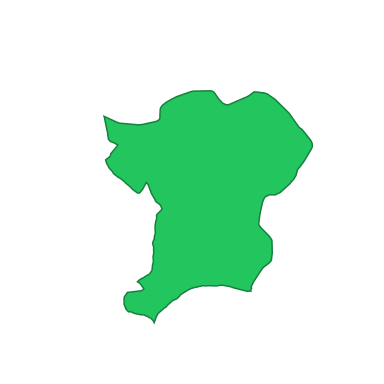 outline of Sardauna, Taraba, Nigeria, rotated 231°
{"feature_id": "59680162B82734256395858", "entity_name": "Sardauna", "entity_type": "district", "adm_level": 2, "iso_a3": "NGA", "parent_name": "Nigeria", "parent_adm1": "Taraba", "projection": "orthographic", "projection_center": [11.214, 6.896], "detail": "fine", "context": "isolated", "style": "filled", "palette": "green", "viewbox_px": 384, "rotation_deg": 231, "n_neighbors": 0, "source": "geoboundaries", "source_scale": "gbopen_adm2", "svg_char_len": 3049}
<svg xmlns="http://www.w3.org/2000/svg" viewBox="0 0 384 384"><g transform="rotate(231 192 192)"><path d="M114.3,80.4L115.3,82.2L117.3,85.4L118.9,89.1L119.0,91.4L119.1,93.7L119.3,97.5L118.9,99.8L119.4,101.2L119.5,101.6L119.5,103.1L119.6,105.4L119.8,108.6L118.6,112.9L118.8,116.2L119.4,118.9L119.0,121.7L118.7,124.1L118.4,126.9L118.0,128.8L117.2,131.6L116.4,133.1L116.0,134.5L114.7,136.4L114.3,137.8L113.4,139.3L112.6,141.2L111.7,142.1L110.4,143.6L108.3,146.5L107.0,148.0L104.4,150.9L103.3,152.4L103.1,152.8L101.4,155.7L99.2,158.1L97.9,159.1L95.7,161.1L93.0,163.1L91.2,164.1L88.8,165.9L80.0,172.5L78.5,174.7L77.9,175.3L78.6,175.6L79.8,177.9L81.1,178.3L83.4,183.3L83.9,184.7L86.6,193.0L87.8,197.0L88.5,199.9L88.3,207.3L88.8,210.5L94.2,216.1L103.7,223.4L105.0,223.9L108.5,224.2L112.0,224.0L120.2,223.1L123.8,223.2L125.3,223.8L127.1,225.7L131.8,230.6L133.5,232.7L135.4,235.0L138.0,238.3L139.2,239.8L140.5,241.8L141.1,242.9L142.2,245.6L141.1,250.5L137.4,254.9L136.1,260.5L136.8,272.9L138.0,279.3L139.4,283.2L141.8,286.6L142.8,287.7L143.8,292.2L144.7,295.8L144.9,296.6L145.7,299.4L149.7,310.2L150.8,312.8L151.5,314.0L153.5,315.6L154.7,316.2L157.9,316.8L168.8,316.9L171.6,316.8L173.1,316.5L174.3,315.9L177.5,316.1L190.3,316.9L191.7,317.0L193.3,316.9L211.3,314.9L219.8,312.5L221.2,312.0L223.4,310.5L224.4,309.6L229.1,305.1L230.8,303.1L230.8,299.4L231.1,296.3L231.4,294.6L236.7,275.7L237.3,274.4L239.4,272.8L242.0,271.7L247.0,271.3L255.5,271.9L257.0,271.5L258.1,270.8L259.1,269.9L263.8,263.9L268.9,257.4L269.7,256.3L270.8,253.9L270.9,253.7L275.3,241.4L275.8,239.9L276.8,235.3L277.9,228.9L278.0,223.3L277.1,220.6L276.4,219.5L271.5,215.1L271.1,214.8L270.4,214.4L268.8,212.3L269.2,209.0L275.4,196.5L277.1,193.7L277.5,193.1L291.0,179.1L293.2,177.7L306.1,171.3L305.8,171.2L297.2,166.7L291.2,163.7L290.5,163.3L289.7,162.5L287.8,161.7L285.9,160.4L283.7,160.2L282.1,160.6L280.1,161.9L275.3,164.0L274.5,161.4L272.9,153.0L271.2,150.9L271.4,145.2L269.6,144.3L267.2,143.5L264.5,143.1L263.1,142.7L260.8,142.8L257.6,143.0L255.7,142.6L253.0,143.2L250.3,143.8L247.6,144.9L245.3,145.4L242.6,146.0L240.8,146.1L237.6,146.7L233.5,147.4L231.7,147.4L229.4,148.0L227.1,148.6L225.3,149.1L224.2,150.8L225.1,155.1L228.1,162.5L225.2,162.6L221.5,161.2L216.2,159.5L213.4,159.1L211.4,158.7L210.3,158.6L207.4,157.9L201.7,159.2L197.5,158.0L196.5,150.0L194.1,148.2L193.1,147.3L192.1,145.5L191.7,145.1L189.7,142.8L187.8,141.0L185.4,139.3L183.0,137.5L181.1,134.8L179.2,133.0L178.1,130.7L176.7,128.9L172.9,127.3L171.5,125.9L170.1,125.0L168.2,123.3L166.2,121.0L163.8,119.3L161.9,117.9L160.0,115.2L157.6,113.0L156.1,111.2L155.0,107.5L155.7,103.3L156.0,100.0L156.4,98.6L156.8,96.2L156.7,94.4L156.6,93.1L154.6,93.8L152.6,94.0L147.1,93.7L146.9,90.9L154.6,78.6L153.5,74.9L152.9,73.1L151.0,71.3L149.1,70.0L147.7,68.6L146.3,68.2L144.9,67.8L142.6,67.0L140.7,67.1L138.9,67.2L137.5,69.0L135.4,70.1L133.6,71.1L132.3,72.1L130.5,73.6L129.2,74.6L128.3,75.6L126.6,77.5L124.8,78.1L123.4,79.1L121.6,79.6L119.8,80.6L118.0,80.7L115.7,80.8L114.3,80.4Z" fill="#22c55e" stroke="#15803d" stroke-width="1.5"/></g></svg>